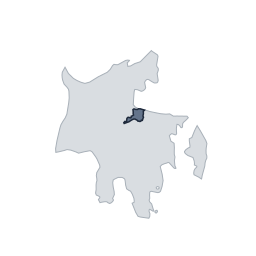 Azerbaijan, with Beyləqan highlighted, rotated 227°
{"feature_id": "AZE-1697", "entity_name": "Beyləqan", "entity_type": "District", "adm_level": 1, "iso_a3": "AZE", "parent_name": "Azerbaijan", "parent_adm1": "", "projection": "mercator", "projection_center": [47.672, 39.865], "detail": "fine", "context": "in_parent", "style": "filled", "palette": "slate", "viewbox_px": 256, "rotation_deg": 227, "n_neighbors": 0, "source": "natural_earth", "source_scale": "10m", "svg_char_len": 3803}
<svg xmlns="http://www.w3.org/2000/svg" viewBox="0 0 256 256"><g transform="rotate(227 128 128)"><path d="M168.7,197.9L167.8,197.9L161.4,199.4L160.0,198.9L154.6,191.9L153.4,191.1L151.1,190.8L149.7,189.7L148.6,187.8L147.9,186.4L142.3,182.6L141.4,181.2L141.3,180.0L142.1,178.9L143.1,177.9L145.9,177.0L149.1,176.2L150.1,175.6L150.7,174.6L150.6,172.9L150.1,171.3L145.4,168.4L144.9,167.2L144.8,165.6L145.1,164.0L145.8,162.7L149.6,161.0L151.6,159.2L150.3,157.2L146.2,152.7L141.4,147.7L138.2,147.6L134.4,149.1L128.5,153.4L125.2,155.2L120.9,158.2L116.2,161.6L112.3,165.1L109.9,168.1L105.7,169.3L103.5,171.8L96.4,179.2L94.4,179.1L94.2,175.4L94.3,172.5L93.9,170.9L91.6,168.6L91.5,167.6L92.2,167.0L93.9,167.3L96.2,167.2L97.3,166.3L94.9,163.3L92.7,161.3L90.9,159.9L90.5,159.1L90.4,158.5L90.8,157.8L94.0,156.2L94.3,154.6L94.1,152.9L89.1,150.4L85.4,151.3L82.0,148.5L79.8,146.3L77.2,143.9L74.8,142.6L72.5,139.7L68.5,136.6L65.9,135.7L65.9,135.3L66.4,134.7L67.5,134.3L74.6,134.4L75.5,133.8L75.9,132.5L76.9,130.6L78.0,127.7L77.9,125.3L70.8,121.4L65.6,117.8L62.0,113.0L59.6,108.7L59.6,107.2L60.3,105.8L65.9,101.8L66.3,100.8L66.2,100.1L64.2,98.0L61.7,95.9L60.9,94.3L59.3,93.5L56.3,93.5L51.1,90.9L50.0,90.6L49.8,90.1L50.0,89.6L53.7,88.5L53.7,87.6L52.6,86.5L50.4,85.6L48.5,83.6L47.8,81.7L54.6,76.2L56.6,75.1L61.0,76.1L70.2,79.7L69.5,81.8L70.5,82.9L72.6,84.4L76.6,86.0L80.0,86.8L81.7,86.1L84.4,85.5L87.8,87.3L90.9,89.6L92.5,90.6L93.3,90.8L95.7,90.1L98.6,87.1L99.7,83.6L100.1,81.8L98.4,79.5L94.9,76.9L91.1,74.6L88.6,72.6L87.0,68.7L85.4,68.3L85.0,67.8L84.7,66.4L84.8,64.5L85.3,63.1L86.9,62.4L88.5,62.2L89.9,60.8L91.7,58.1L92.5,56.6L95.8,57.5L96.3,59.9L96.9,60.4L98.3,60.1L100.6,59.1L102.5,59.9L104.8,62.8L108.1,65.8L109.9,67.9L110.6,69.3L112.3,70.7L114.7,72.3L116.7,74.8L118.4,80.7L120.2,82.0L126.5,84.2L128.8,84.7L135.0,85.5L137.2,84.9L140.4,79.9L143.3,74.7L146.0,73.6L150.8,71.1L153.8,68.7L155.0,66.1L157.7,61.3L159.4,58.6L162.3,61.0L167.3,67.6L174.4,78.2L176.1,81.2L177.2,84.7L178.2,88.9L179.8,92.7L187.0,102.0L190.1,105.5L195.2,109.9L197.0,110.9L199.4,111.2L203.7,111.2L207.7,112.9L209.7,114.2L211.8,115.9L213.6,118.0L215.4,123.4L208.5,121.6L201.5,121.9L197.5,123.1L193.7,124.7L190.0,126.9L187.7,131.3L185.7,141.4L182.9,150.8L183.0,155.1L184.2,159.3L184.1,161.2L182.8,162.1L181.2,163.8L179.0,172.4L177.9,174.1L176.5,175.2L176.2,174.2L176.2,171.9L173.2,169.9L171.6,172.2L170.5,176.9L168.2,181.8L168.1,182.7L168.7,197.9ZM65.1,109.6L65.4,108.2L64.5,107.6L63.6,107.6L62.8,108.3L62.8,110.0L63.9,110.3L65.1,109.6ZM42.1,149.1L41.0,147.7L40.6,146.9L43.6,146.3L48.8,144.4L50.2,145.3L51.7,147.2L52.4,148.8L52.6,151.8L53.2,152.3L55.7,151.3L56.8,152.5L58.7,153.9L62.1,155.4L66.9,153.1L69.3,152.6L71.2,152.6L72.3,153.3L72.7,155.6L72.3,158.5L71.7,160.1L72.7,161.2L76.7,164.0L78.3,165.5L77.5,168.2L80.5,174.6L81.5,177.1L82.6,180.2L76.6,179.0L65.8,176.4L62.8,175.1L60.0,171.5L58.3,169.7L55.8,167.5L53.8,166.6L52.2,165.1L51.3,162.8L50.0,160.7L47.8,158.2L42.7,149.9L42.1,149.1ZM48.5,92.6L47.9,93.1L46.8,92.6L46.5,91.6L46.6,90.5L47.6,90.2L48.5,90.5L48.7,91.5L48.5,92.6Z" fill="#d9dde1" stroke="#a8b0b8" stroke-width="1"/><path d="M134.9,148.8L133.6,150.1L129.8,152.3L129.8,152.2L129.8,150.6L127.8,148.9L127.1,147.8L126.4,147.0L125.3,146.7L124.8,145.5L124.2,144.5L123.8,143.7L124.2,143.4L124.6,143.1L124.4,142.6L124.2,141.9L124.8,141.0L125.7,140.6L125.9,140.2L126.3,139.9L127.0,140.0L127.8,139.9L128.8,139.5L129.8,139.2L130.7,138.2L131.2,136.8L131.6,134.9L131.9,132.9L132.6,131.4L133.9,128.3L134.4,128.4L134.8,128.6L134.8,129.1L135.0,130.1L133.7,131.4L134.8,132.6L135.8,133.8L135.8,135.4L134.5,136.3L133.9,136.6L133.5,137.2L133.8,137.9L134.4,138.3L133.9,139.7L133.7,140.9L134.9,141.5L135.9,142.5L137.0,143.4L138.1,144.2L137.9,145.4L136.5,146.2L135.2,147.4L134.9,148.7L134.9,148.8Z" fill="#64748b" stroke="#1e293b" stroke-width="1.5"/></g></svg>